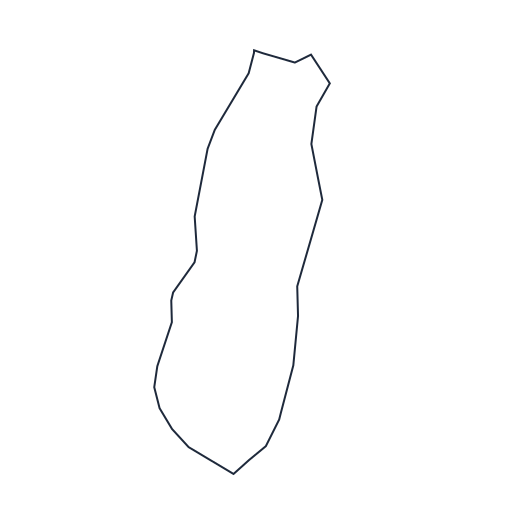 an SVG outline of Liquica, rotated 297°
{"feature_id": "TLS-542", "entity_name": "Liquica", "entity_type": "District", "adm_level": 1, "iso_a3": "TLS", "parent_name": "East Timor", "parent_adm1": "", "projection": "mercator", "projection_center": [125.297, -8.662], "detail": "fine", "context": "isolated", "style": "outline", "palette": "slate", "viewbox_px": 512, "rotation_deg": 297, "n_neighbors": 0, "source": "natural_earth", "source_scale": "10m", "svg_char_len": 589}
<svg xmlns="http://www.w3.org/2000/svg" viewBox="0 0 512 512"><g transform="rotate(297 256 256)"><path d="M51.6,334.9L55.1,282.8L63.7,259.8L76.6,239.2L92.9,224.9L113.0,218.1L158.8,211.1L177.9,200.7L185.9,198.7L222.5,204.1L233.8,201.0L263.4,183.4L329.6,164.2L349.7,162.0L415.5,166.5L436.0,162.0L438.4,160.9L439.8,170.2L446.0,202.8L460.4,213.6L449.8,232.1L443.3,243.4L416.7,242.1L380.9,254.5L353.9,275.6L336.1,289.6L296.0,297.3L247.7,306.5L221.6,320.7L175.5,338.9L127.8,349.3L120.8,350.9L91.0,351.1L71.2,342.5L51.8,335.0L51.6,334.9Z" fill="none" stroke="#1e293b" stroke-width="2"/></g></svg>